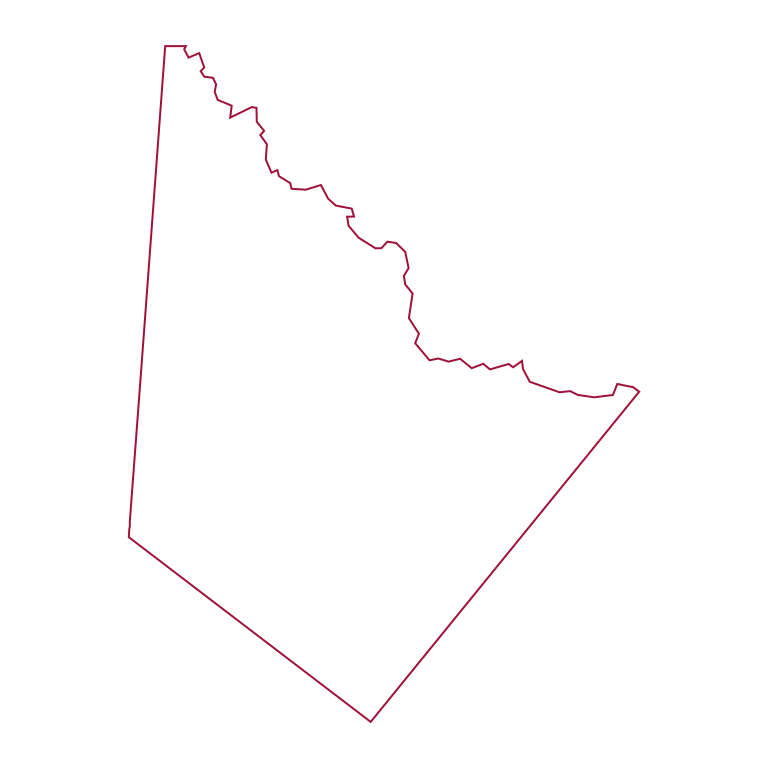 Reeves, Texas, United States of America (Mercator projection)
{"feature_id": "52423323B15445354954685", "entity_name": "Reeves", "entity_type": "district", "adm_level": 2, "iso_a3": "USA", "parent_name": "United States of America", "parent_adm1": "Texas", "projection": "mercator", "projection_center": [-103.627, 31.383], "detail": "fine", "context": "isolated", "style": "outline", "palette": "rose", "viewbox_px": 768, "rotation_deg": 0, "n_neighbors": 0, "source": "geoboundaries", "source_scale": "gbopen_adm2", "svg_char_len": 1003}
<svg xmlns="http://www.w3.org/2000/svg" viewBox="0 0 768 768"><path d="M370.7,721.9L639.2,391.7L633.2,387.2L617.3,384.0L612.9,395.0L594.2,397.3L577.7,394.9L570.2,391.1L559.6,392.3L529.8,381.8L523.0,369.1L522.0,360.9L513.1,367.3L508.6,364.0L490.0,369.4L483.2,363.8L471.7,368.2L460.2,358.8L448.6,361.6L438.3,358.5L429.5,360.3L415.2,343.2L418.9,333.7L408.9,318.1L412.6,293.5L405.2,284.4L403.9,275.8L408.6,268.1L405.2,251.8L396.1,243.0L387.4,241.7L381.4,248.2L375.5,248.3L358.7,237.8L348.6,225.8L347.1,216.7L354.0,216.6L351.7,208.6L335.9,205.6L328.2,198.8L320.9,185.0L305.8,189.7L291.6,188.8L290.2,183.1L279.0,176.2L277.4,170.1L271.5,172.7L265.8,159.5L266.9,144.3L260.3,135.1L264.1,130.8L256.8,121.9L256.5,107.9L251.7,107.1L230.2,117.6L231.7,105.7L217.7,99.9L214.7,91.9L216.1,84.3L213.0,77.8L204.3,76.7L200.7,71.2L204.2,67.5L199.2,53.1L188.6,57.6L184.2,49.4L185.9,46.1L165.2,46.1L140.5,379.2L129.8,521.8L129.8,526.3L129.3,529.1L128.8,537.2L370.7,721.9Z" fill="none" stroke="#9f1239" stroke-width="2"/></svg>